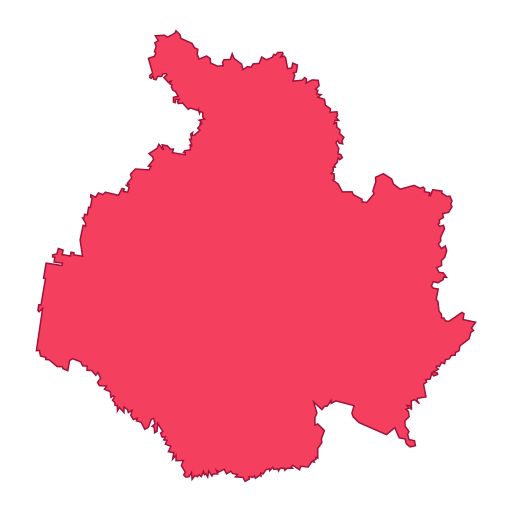 the district of Oberon, New South Wales, Australia
{"feature_id": "25037944B83786043255817", "entity_name": "Oberon", "entity_type": "district", "adm_level": 2, "iso_a3": "AUS", "parent_name": "Australia", "parent_adm1": "New South Wales", "projection": "mercator", "projection_center": [149.791, -33.845], "detail": "fine", "context": "isolated", "style": "filled", "palette": "rose", "viewbox_px": 512, "rotation_deg": 0, "n_neighbors": 0, "source": "geoboundaries", "source_scale": "gbopen_adm2", "svg_char_len": 5969}
<svg xmlns="http://www.w3.org/2000/svg" viewBox="0 0 512 512"><path d="M36.4,350.7L39.4,350.4L40.5,356.0L45.9,357.4L45.7,359.5L49.2,359.8L57.2,366.6L62.3,366.7L63.0,368.7L67.8,370.7L69.6,360.5L72.7,358.7L80.8,361.9L82.7,365.9L87.2,366.1L87.0,370.3L91.6,370.5L95.8,375.3L97.9,372.3L100.6,378.2L97.5,382.4L99.4,385.7L106.7,386.0L104.4,389.3L110.2,391.6L111.0,397.4L113.1,395.8L114.6,396.8L112.5,400.2L114.9,402.6L115.0,405.4L117.3,405.5L117.4,410.9L119.3,407.5L124.0,412.5L123.9,407.0L127.5,409.5L128.3,412.6L132.0,410.3L130.8,415.5L133.4,419.5L137.1,418.3L136.4,420.8L141.2,422.3L144.8,429.3L148.3,427.4L151.3,419.3L153.5,418.4L155.1,423.8L152.0,426.3L154.2,427.2L154.6,432.8L157.0,431.4L157.7,423.3L162.8,431.5L160.6,433.1L162.1,437.1L165.4,437.0L163.7,439.9L167.0,440.3L165.4,444.1L170.9,446.4L168.4,451.7L173.8,452.7L172.6,459.1L176.0,455.2L176.0,460.7L183.4,460.5L181.3,465.6L185.3,472.2L183.7,474.9L185.7,477.1L189.2,476.6L191.5,472.6L192.1,479.3L194.9,475.6L197.4,476.8L199.1,474.8L201.3,476.6L203.4,471.4L204.4,474.7L205.8,473.8L207.7,477.0L208.7,471.0L211.9,476.0L213.4,473.9L217.7,473.9L216.4,470.2L218.7,472.1L224.2,469.2L226.5,473.9L230.8,471.2L232.6,473.5L237.5,474.5L235.5,476.9L242.9,477.4L245.1,481.3L249.3,479.1L249.1,476.6L252.7,477.4L254.3,475.9L255.4,478.3L259.7,475.3L261.0,476.1L260.8,473.0L263.0,474.0L266.0,469.7L269.2,468.8L269.7,470.7L272.6,467.3L273.8,469.3L278.1,469.0L278.5,470.9L280.4,468.0L284.4,468.5L284.7,470.3L287.3,468.2L292.5,468.3L291.2,466.8L292.7,465.3L299.6,469.8L300.6,466.3L308.2,467.0L311.9,461.5L314.2,462.0L313.3,460.5L315.8,459.5L315.9,457.4L317.8,458.2L317.7,448.6L321.8,442.6L321.4,438.8L324.4,430.6L317.7,423.9L315.0,425.1L314.9,417.6L316.9,413.1L313.6,401.8L321.9,409.6L324.5,406.2L327.1,406.2L331.0,400.7L331.2,403.4L335.9,400.9L354.1,405.6L351.9,413.2L353.2,416.9L359.0,422.6L386.4,434.6L394.8,427.7L399.2,437.8L405.1,439.0L406.4,443.9L410.1,446.9L415.4,445.7L414.5,440.7L409.0,439.6L407.6,434.2L409.0,431.6L405.1,426.2L404.9,420.8L409.1,416.7L408.5,411.7L405.9,409.2L409.0,408.2L407.0,405.4L409.8,405.8L411.5,409.8L411.2,401.0L414.5,399.6L419.4,403.7L416.9,400.4L417.6,398.3L426.0,396.9L423.5,384.1L426.6,382.1L425.7,379.6L430.1,379.1L431.8,373.5L433.6,375.9L437.6,374.5L437.2,372.9L433.0,372.0L438.3,369.3L436.3,367.1L437.1,365.7L439.4,366.5L441.5,362.5L444.6,363.7L445.4,359.7L449.2,358.8L451.5,355.3L455.1,355.3L455.5,352.5L458.9,350.9L460.0,345.8L469.0,338.9L470.9,332.2L473.5,330.6L471.5,328.1L475.6,322.2L463.1,319.6L464.0,313.7L461.9,312.4L449.2,321.2L445.5,321.0L444.0,318.1L441.6,317.9L441.4,314.1L439.0,311.2L438.0,301.8L436.2,299.3L438.2,289.0L433.1,288.1L431.4,285.9L433.3,281.6L437.9,282.8L443.2,279.6L443.4,277.2L446.6,277.4L443.4,272.9L439.0,272.4L436.6,267.8L441.6,265.5L441.5,260.5L444.8,257.1L446.7,250.8L445.3,245.9L441.4,248.6L438.3,244.1L440.8,240.9L440.5,237.5L444.5,228.8L443.5,225.3L439.7,226.4L438.0,224.2L439.6,223.0L439.4,219.8L443.4,217.6L442.6,213.6L448.6,212.4L452.0,206.6L450.7,204.2L452.0,201.0L449.9,196.1L446.9,196.5L441.8,193.1L442.0,191.1L432.8,189.7L430.3,195.8L429.2,195.6L429.7,192.6L424.3,191.7L424.8,188.9L423.2,187.1L420.1,188.3L414.0,185.4L400.2,189.2L393.5,184.1L391.7,179.0L383.4,173.7L375.5,177.3L375.8,181.8L372.8,191.2L374.1,193.7L366.7,202.5L361.9,201.8L362.1,199.3L353.3,194.7L352.1,191.8L342.3,191.9L338.2,184.0L332.8,180.1L334.4,179.0L334.0,173.8L331.1,173.5L333.3,170.8L333.1,167.1L335.2,167.1L334.4,165.3L337.2,162.4L338.1,157.9L339.8,159.7L342.4,157.6L340.6,154.4L337.9,153.9L338.8,148.4L335.9,142.8L337.7,140.6L339.2,143.2L342.7,143.9L341.9,140.8L343.9,137.3L339.6,133.5L340.0,129.9L336.9,127.3L336.5,122.4L334.1,123.7L335.2,120.2L338.7,120.4L336.1,117.4L337.5,115.5L337.0,111.8L330.2,112.3L330.5,108.8L325.4,105.2L324.5,99.4L317.9,97.2L321.1,94.6L316.6,94.0L317.9,90.4L315.5,89.3L319.1,85.7L318.2,80.3L312.1,79.9L306.1,83.0L306.5,79.0L304.6,77.6L302.3,80.2L293.1,81.1L294.8,75.3L293.3,73.2L296.4,72.0L297.4,65.0L292.7,63.1L291.8,68.0L287.6,68.6L285.6,57.9L283.9,56.0L280.7,57.0L283.0,53.8L282.4,52.4L277.8,52.4L275.7,55.0L273.7,54.4L272.5,57.2L266.4,59.8L261.7,57.0L259.2,63.4L253.1,63.9L251.2,67.2L247.4,66.6L243.0,69.8L241.6,64.1L234.1,58.5L232.2,53.8L230.3,59.4L223.9,59.8L222.5,62.5L223.3,65.6L217.7,66.2L210.6,63.1L210.2,58.5L206.6,56.0L199.1,59.1L197.2,54.2L197.8,49.3L194.5,47.8L192.1,43.5L180.9,38.4L180.1,34.9L176.0,30.7L174.8,33.3L167.4,37.2L164.4,35.2L155.3,35.8L158.3,40.6L154.8,42.8L156.2,46.5L154.4,51.7L155.9,53.0L154.4,56.3L148.4,58.3L152.6,73.2L149.9,75.3L149.8,77.6L151.4,78.3L152.8,76.0L153.7,79.1L156.0,79.8L157.5,76.5L161.7,76.4L162.9,73.8L166.2,73.7L167.0,74.7L163.9,77.6L168.5,82.6L171.7,80.4L169.7,83.7L171.9,84.9L171.3,87.2L173.0,90.3L175.5,91.4L178.2,96.2L173.4,97.3L173.4,102.0L175.1,102.7L175.5,99.6L179.1,99.4L177.3,101.9L178.2,103.5L182.7,103.1L188.2,109.3L190.4,108.0L197.8,110.5L198.4,109.1L199.5,113.5L200.3,111.5L202.8,112.5L202.7,117.1L204.7,119.0L199.1,120.2L201.0,121.4L200.1,123.6L201.6,123.5L197.7,128.2L200.0,130.2L194.3,135.2L191.9,135.5L192.6,132.5L190.7,134.0L191.5,139.5L189.6,139.3L191.6,144.0L189.9,145.1L191.6,146.0L190.3,146.8L190.4,149.8L184.6,150.7L183.5,152.5L185.2,152.7L185.2,154.8L172.5,152.7L173.4,149.0L170.5,149.3L167.4,145.8L162.2,144.8L163.5,150.1L158.9,144.3L157.1,148.4L148.9,153.6L152.8,156.9L153.4,159.8L148.4,166.2L151.0,166.4L149.0,169.9L135.4,169.0L130.5,174.2L131.6,178.2L127.4,183.2L128.9,184.5L126.3,185.2L129.2,187.3L127.7,192.1L123.2,191.5L124.3,189.0L122.0,188.5L118.5,195.3L105.4,192.2L102.9,194.6L98.4,192.9L95.6,197.2L90.8,194.8L90.6,197.1L92.1,198.1L90.4,207.5L88.6,207.2L87.3,214.8L84.6,214.3L83.9,218.1L82.6,218.0L85.6,223.1L85.6,226.3L83.1,225.3L80.1,239.9L82.5,256.2L73.6,254.8L74.0,252.7L71.0,252.2L70.5,256.0L62.1,254.6L63.1,250.1L58.4,248.5L56.8,254.0L52.9,254.7L52.5,256.9L54.8,257.3L54.1,262.0L62.5,263.2L62.0,265.5L46.1,263.1L43.6,278.2L45.5,278.5L41.0,305.0L38.8,304.7L37.9,310.4L39.0,311.8L42.6,308.5L36.4,350.7Z" fill="#f43f5e" stroke="#9f1239" stroke-width="1.5"/></svg>